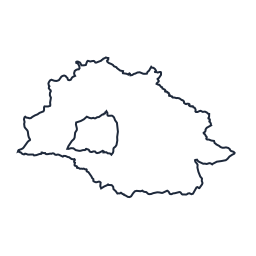 Rapale, Nampula, Mozambique, rotated 184°
{"feature_id": "85939544B86182788788384", "entity_name": "Rapale", "entity_type": "district", "adm_level": 2, "iso_a3": "MOZ", "parent_name": "Mozambique", "parent_adm1": "Nampula", "projection": "orthographic", "projection_center": [39.169, -15.142], "detail": "fine", "context": "isolated", "style": "outline", "palette": "slate", "viewbox_px": 256, "rotation_deg": 184, "n_neighbors": 0, "source": "geoboundaries", "source_scale": "gbopen_adm2", "svg_char_len": 5851}
<svg xmlns="http://www.w3.org/2000/svg" viewBox="0 0 256 256"><g transform="rotate(184 128 128)"><path d="M236.1,97.0L235.8,97.2L235.4,96.9L234.9,96.9L234.7,96.4L234.4,96.3L233.5,96.3L231.6,94.8L230.0,94.4L229.3,94.6L229.1,95.1L228.3,95.2L226.0,94.5L220.8,94.9L219.8,94.1L217.4,94.6L214.7,95.8L212.7,96.2L212.5,97.5L211.6,97.5L211.0,97.1L208.9,97.2L208.6,96.6L207.7,96.2L206.3,96.3L203.8,97.0L202.7,96.9L201.7,97.4L201.0,97.5L200.1,97.3L198.8,96.3L197.6,96.2L196.4,96.6L195.3,96.6L191.0,94.9L190.1,95.7L188.3,95.7L185.9,94.8L184.9,94.8L182.1,93.1L179.7,93.0L179.3,93.2L178.8,92.6L178.9,92.0L179.4,91.4L179.4,90.5L179.1,89.9L178.5,89.7L178.8,87.4L178.5,86.8L176.4,86.2L176.1,85.7L176.2,84.9L175.9,84.6L174.8,84.8L173.1,84.0L171.7,84.2L170.3,84.1L169.3,84.4L167.9,83.8L166.6,83.9L166.3,83.6L166.3,82.2L166.0,81.8L164.4,81.2L161.0,77.0L160.3,75.6L159.0,74.6L158.9,72.9L158.7,72.5L156.7,71.7L155.6,71.7L153.3,72.5L152.5,72.4L151.5,71.7L151.6,68.1L150.6,65.9L147.5,68.1L145.0,69.4L144.0,70.3L143.4,69.8L140.6,69.9L139.9,69.6L138.7,68.3L138.2,66.0L135.8,64.1L134.0,61.9L133.5,62.1L131.5,62.2L130.7,62.9L130.3,62.9L128.8,61.7L127.6,61.6L127.1,60.8L126.1,60.7L123.4,59.3L121.6,59.2L120.1,60.1L118.4,63.2L116.8,65.3L115.1,65.9L111.1,65.8L109.2,66.5L108.4,65.8L107.5,65.5L105.2,65.3L103.8,64.1L103.0,63.6L102.0,63.5L100.3,63.8L98.2,64.8L94.3,65.9L92.1,65.9L90.2,65.6L89.0,65.7L84.5,68.2L84.1,68.1L82.7,66.9L81.8,65.3L80.8,65.0L79.8,65.1L78.5,65.9L76.7,66.2L72.3,67.7L71.2,67.5L69.7,65.8L69.1,65.5L65.2,65.7L64.3,66.2L63.7,66.8L62.2,67.2L60.1,66.4L58.6,67.0L55.5,73.5L54.5,73.9L53.1,73.0L52.6,73.0L50.2,76.9L49.9,78.0L50.0,78.8L50.7,80.3L50.7,82.8L52.5,84.6L54.7,89.2L56.0,93.4L56.0,96.1L56.7,97.2L58.5,99.1L58.9,100.6L58.4,100.9L56.9,101.2L56.2,100.2L54.9,99.3L50.5,97.6L48.9,97.8L46.9,97.6L44.5,98.6L43.2,98.5L41.5,97.6L41.1,98.1L37.0,100.6L32.7,101.5L28.2,102.7L26.6,104.1L24.8,106.6L22.2,108.6L20.2,109.8L19.9,110.6L21.0,111.6L23.7,112.3L24.5,113.0L25.0,114.0L26.6,115.1L28.9,115.5L30.9,115.0L32.5,114.9L34.5,115.5L35.6,116.4L38.8,117.8L39.4,118.4L40.5,119.0L41.3,121.1L44.0,121.3L46.5,122.1L48.2,122.0L48.9,122.4L49.2,123.2L48.8,123.9L49.0,124.8L49.9,125.5L50.7,127.0L52.0,127.8L52.2,128.4L52.2,128.6L51.3,129.2L50.7,130.0L50.5,130.7L50.5,132.0L49.5,133.7L45.2,136.5L45.6,137.1L45.7,138.3L46.7,139.8L47.3,140.1L47.3,140.6L46.9,141.1L47.0,142.3L48.4,143.1L48.5,143.6L47.9,144.6L48.0,147.7L49.2,147.9L50.5,149.0L52.4,149.7L54.6,149.3L56.7,150.2L57.8,149.9L59.8,148.8L61.3,148.7L61.9,149.2L61.8,150.7L62.1,151.6L63.0,152.9L64.3,153.2L64.8,154.2L66.0,154.2L66.3,153.9L67.7,154.1L68.6,154.7L68.2,155.3L68.3,155.9L69.1,156.4L70.9,156.3L71.6,155.9L72.3,156.0L73.8,156.9L74.1,158.5L75.5,159.6L76.3,159.6L78.7,161.1L80.5,161.4L81.8,161.2L83.7,161.6L85.5,161.5L86.1,161.9L86.2,162.5L87.3,162.8L89.2,163.0L89.3,163.5L88.9,164.3L89.6,164.9L89.8,165.7L91.0,166.0L91.1,166.6L91.4,166.8L93.4,166.9L93.6,167.3L93.2,167.9L93.9,168.8L96.4,169.8L96.8,171.0L97.9,171.3L99.7,173.3L100.5,173.2L102.6,174.0L102.5,174.5L100.6,176.6L100.6,177.2L101.9,178.8L101.9,179.2L101.2,179.5L100.4,180.5L98.8,183.3L98.9,185.4L99.3,186.1L100.2,186.1L102.2,185.4L103.1,185.7L104.9,185.7L105.0,186.0L104.2,186.8L104.1,187.2L105.3,188.8L106.8,189.8L108.4,189.9L109.1,190.6L111.0,186.7L112.4,185.3L113.0,183.5L115.2,183.2L116.6,183.2L120.2,184.4L122.5,184.0L124.5,182.8L125.8,182.4L127.6,181.1L129.3,180.7L129.8,182.2L130.4,182.6L131.0,182.1L131.4,181.3L133.2,182.0L136.9,182.3L137.1,182.8L136.9,184.4L139.7,184.7L143.1,186.9L143.8,187.8L146.3,188.6L147.5,189.9L149.2,190.7L151.7,191.5L153.2,192.6L153.6,193.5L153.4,194.0L152.5,194.8L152.5,196.4L153.4,196.4L155.0,196.8L156.3,195.9L157.5,195.4L158.1,194.5L158.9,194.1L159.4,193.3L164.3,191.0L165.1,191.0L166.3,192.3L167.0,192.5L168.7,192.2L170.1,191.7L172.7,192.2L173.2,191.8L173.6,191.0L174.5,187.9L176.6,187.4L178.8,187.3L180.1,189.5L180.6,190.0L182.7,190.8L183.9,190.6L184.2,190.4L184.2,189.4L182.6,188.8L182.0,188.2L180.9,186.2L180.5,184.2L181.2,183.1L182.4,183.0L183.7,182.4L185.1,181.2L185.6,178.9L185.2,177.5L184.4,176.3L186.3,175.3L187.3,174.5L188.5,172.1L189.8,171.6L190.9,171.7L191.4,172.2L192.0,173.8L192.9,174.4L193.9,175.5L195.4,175.9L197.0,175.3L198.0,174.6L200.2,171.0L201.5,170.3L202.8,169.9L204.9,170.0L207.8,170.8L209.1,170.0L210.2,168.0L210.5,166.8L209.9,164.8L209.3,164.2L209.7,163.5L209.8,162.2L208.7,160.8L207.8,160.2L207.7,159.9L207.6,159.0L208.2,158.0L208.3,156.6L208.2,155.1L207.0,152.8L207.5,148.1L207.1,145.5L207.2,144.7L209.2,143.9L212.8,143.7L213.2,142.8L213.0,140.0L213.5,138.7L217.3,136.9L219.2,135.3L221.7,134.1L224.2,132.4L225.6,131.1L227.2,130.8L227.9,131.1L230.1,131.3L231.3,132.1L232.0,131.4L232.4,129.4L231.6,126.8L231.9,124.8L231.3,121.9L230.6,120.9L228.3,118.6L227.7,117.5L226.9,113.5L226.2,111.6L225.1,110.0L224.9,109.3L225.1,108.9L226.1,108.3L227.1,107.2L230.8,101.2L231.7,100.2L233.3,99.3L235.5,98.4L235.9,97.9L236.1,97.0ZM137.8,114.8L138.3,110.3L139.2,108.6L140.8,107.1L141.1,106.0L141.0,103.6L141.3,102.3L142.7,100.2L143.7,101.1L144.7,101.4L146.4,101.3L147.9,102.3L150.9,101.9L151.0,102.4L150.7,103.0L151.6,103.5L155.0,101.4L157.1,100.8L157.9,101.0L159.3,102.3L161.1,102.2L162.4,101.5L163.4,101.5L164.6,101.9L165.4,103.3L166.0,103.7L168.3,104.3L168.6,104.1L168.7,103.5L169.4,103.0L171.5,102.8L173.6,102.0L175.1,101.8L178.6,102.3L181.0,103.9L183.4,103.9L185.9,103.0L187.1,103.0L186.2,105.7L183.2,111.0L181.2,113.2L180.6,114.7L180.4,119.7L178.9,122.5L179.0,124.1L180.2,127.9L180.1,129.9L175.6,131.7L172.6,133.6L169.9,136.4L167.2,135.4L165.3,135.1L163.3,135.7L162.1,135.3L161.2,135.4L159.5,136.6L157.8,136.9L154.7,139.5L153.7,140.0L153.3,139.9L152.8,140.7L152.0,140.9L151.7,142.1L151.2,142.3L150.7,143.2L149.6,141.6L149.5,139.8L149.1,139.0L148.3,138.8L145.0,139.2L144.2,138.9L142.7,137.6L141.4,134.8L139.4,132.4L137.8,123.6L138.2,118.3L137.8,114.8Z" fill="none" stroke="#1e293b" stroke-width="2"/></g></svg>